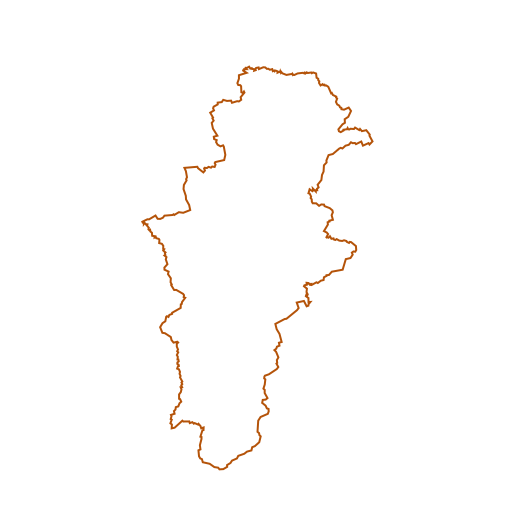 Khao Chakan, Sa Kaeo, Thailand, rotated 330°
{"feature_id": "78962969B13741578736552", "entity_name": "Khao Chakan", "entity_type": "district", "adm_level": 2, "iso_a3": "THA", "parent_name": "Thailand", "parent_adm1": "Sa Kaeo", "projection": "orthographic", "projection_center": [102.011, 13.617], "detail": "fine", "context": "isolated", "style": "outline", "palette": "amber", "viewbox_px": 512, "rotation_deg": 330, "n_neighbors": 0, "source": "geoboundaries", "source_scale": "gbopen_adm2", "svg_char_len": 6136}
<svg xmlns="http://www.w3.org/2000/svg" viewBox="0 0 512 512"><g transform="rotate(330 256 256)"><path d="M143.5,292.4L142.1,294.9L141.7,298.0L140.1,299.1L140.5,300.5L137.9,302.2L137.9,304.2L136.3,306.3L137.0,306.8L136.4,308.6L134.7,308.9L133.9,310.1L134.6,311.5L134.2,312.7L133.3,312.5L131.4,314.1L132.6,315.6L132.2,318.4L130.9,319.8L130.7,322.2L129.5,323.1L129.4,327.9L128.2,328.3L128.1,330.1L126.6,330.6L126.4,332.6L125.1,332.0L124.8,334.2L122.8,336.3L120.2,337.4L118.0,341.2L118.7,342.0L118.4,344.8L116.1,345.3L113.5,347.4L111.0,346.8L109.5,348.7L107.4,349.3L106.6,351.9L102.9,351.1L102.7,352.5L100.6,354.6L101.2,355.6L98.2,358.1L98.9,359.9L96.8,363.1L99.7,364.0L109.9,361.8L110.3,363.0L115.5,365.9L115.1,367.6L117.8,368.1L118.3,370.1L119.3,370.0L121.6,373.1L122.3,372.7L122.9,375.4L122.4,377.8L124.9,378.3L123.5,380.5L122.4,380.2L117.5,384.7L118.3,385.5L117.3,387.2L112.8,391.8L111.2,395.7L109.0,395.5L106.5,401.0L106.5,403.4L107.6,404.9L106.8,408.0L112.0,412.8L114.4,418.0L117.4,420.4L117.7,422.5L121.1,424.2L125.6,424.2L126.4,422.6L130.4,422.5L132.9,421.2L138.3,421.8L140.7,420.2L147.0,421.4L150.4,420.9L154.8,422.1L157.1,419.7L159.9,420.1L165.7,418.9L169.9,414.5L169.4,412.9L170.1,410.9L169.4,409.0L175.6,399.7L179.5,397.7L187.3,398.6L189.3,396.9L190.4,394.7L189.2,393.4L189.5,390.4L187.9,386.3L189.9,384.0L192.6,385.2L194.9,384.8L195.0,379.0L196.6,376.3L196.1,374.6L199.3,371.7L202.4,367.5L201.9,366.1L202.9,364.7L203.9,364.1L208.0,364.9L217.5,364.3L219.8,363.3L219.9,359.4L220.9,359.2L222.0,356.6L224.7,355.0L225.5,349.0L224.9,346.7L227.2,346.4L228.8,345.0L231.5,345.4L232.5,342.6L235.2,343.3L237.4,335.2L237.3,329.7L238.8,324.5L249.3,324.9L251.0,325.6L264.5,323.4L266.9,322.4L268.0,316.7L275.0,318.9L274.7,324.9L276.5,325.2L277.4,324.0L280.1,323.0L278.4,322.2L280.4,318.6L279.1,315.7L280.4,314.6L280.9,315.6L281.6,315.1L281.7,312.5L283.8,309.7L282.4,306.2L283.3,305.6L285.6,306.3L286.4,304.5L287.6,305.4L287.0,305.9L288.6,306.9L288.4,307.6L289.4,307.8L288.8,308.3L289.5,308.9L295.2,309.0L296.0,310.3L299.8,309.8L302.5,310.6L304.2,308.4L307.2,308.5L307.5,307.9L309.7,308.9L313.8,307.5L324.2,311.2L332.2,303.6L336.8,305.0L340.4,303.2L340.7,301.0L342.7,300.8L344.1,301.9L345.8,300.9L347.5,297.4L345.3,291.5L344.3,290.7L343.1,291.2L341.7,289.1L341.8,288.2L340.1,286.4L338.2,286.1L335.8,284.3L334.3,281.7L332.7,281.8L331.6,280.5L331.9,279.5L329.9,278.8L329.9,275.9L327.9,276.4L327.1,275.3L325.7,275.4L329.4,273.1L329.0,271.0L327.3,268.4L334.0,264.7L334.9,262.6L336.9,262.9L337.2,262.1L340.7,263.1L341.9,258.5L344.4,256.6L345.0,254.7L343.8,251.4L340.3,247.1L340.6,245.5L338.3,244.0L335.7,244.1L334.5,240.5L331.5,238.7L331.5,236.9L332.6,234.8L332.3,233.1L333.4,232.2L333.7,228.9L332.8,227.9L335.8,225.0L337.3,228.1L338.3,227.8L339.0,226.1L340.0,230.1L340.7,228.9L341.9,229.6L342.4,228.3L344.5,227.9L345.0,225.1L350.6,222.9L353.7,218.8L356.7,216.7L360.2,211.4L363.9,210.3L364.7,208.5L369.3,204.9L373.5,206.1L381.7,204.6L383.5,204.7L384.6,206.1L388.7,205.2L391.9,206.1L395.1,205.0L396.1,206.6L398.2,207.6L398.5,209.1L404.4,209.5L403.8,213.9L409.9,214.5L410.0,216.2L414.2,215.0L414.4,208.6L415.2,207.7L414.4,202.2L410.1,200.8L409.6,198.0L408.4,198.6L406.0,194.3L404.3,195.0L401.4,193.0L400.1,193.1L399.2,192.4L399.3,191.0L398.2,191.7L394.9,190.4L394.7,191.1L391.3,191.1L390.2,189.4L390.7,187.5L396.8,185.2L399.6,185.1L401.2,181.9L405.5,181.6L410.8,177.9L410.5,173.8L405.4,173.3L403.4,171.6L404.0,170.3L403.1,169.3L403.3,167.4L402.1,165.3L402.3,162.5L405.0,160.2L404.6,158.8L405.2,158.1L403.1,155.0L403.2,152.7L402.4,152.7L403.2,145.6L402.1,143.4L401.0,143.0L401.0,141.9L399.7,141.7L399.6,140.5L397.2,140.6L397.1,137.6L398.2,136.4L397.8,135.0L398.5,133.6L397.6,131.9L399.3,128.0L397.2,125.6L395.7,125.6L395.6,124.7L392.3,123.4L391.8,122.4L391.1,122.7L390.0,121.6L389.5,122.4L388.0,120.7L383.3,118.7L379.7,118.4L378.9,117.9L378.7,116.6L378.3,117.0L378.2,116.3L372.9,114.4L370.2,111.0L369.9,109.2L369.2,109.6L369.4,108.3L368.8,108.9L368.5,108.2L366.3,108.0L367.0,106.9L366.2,105.8L365.2,104.8L364.4,105.3L364.1,104.4L363.0,104.3L363.5,102.3L361.1,101.6L360.3,100.0L359.0,99.4L358.3,97.3L356.7,96.2L352.0,95.6L352.5,94.0L350.1,93.2L348.9,93.8L348.7,94.9L347.1,94.6L348.1,93.5L346.0,91.9L346.2,91.2L344.8,90.9L344.7,88.6L342.2,88.6L341.1,87.8L340.4,88.3L340.8,89.2L339.2,88.3L338.7,89.3L337.2,88.3L339.5,92.7L331.6,90.9L329.9,93.9L326.3,97.0L326.1,99.0L327.8,100.2L328.0,101.5L325.2,106.9L326.1,108.2L327.8,107.5L327.7,108.7L322.1,110.8L321.3,113.3L318.4,113.6L317.1,112.5L311.8,111.3L312.1,109.0L308.4,107.2L305.7,104.4L303.3,105.6L299.5,104.0L298.6,105.6L294.0,105.5L292.7,106.6L292.4,108.9L288.0,109.0L288.0,114.7L287.1,114.9L287.0,117.6L284.2,118.6L282.4,124.2L282.7,132.5L279.1,131.6L278.2,133.8L279.9,136.0L278.4,137.4L278.4,140.4L280.1,143.3L282.8,143.7L282.8,145.2L280.0,153.1L276.4,157.0L267.7,154.3L266.7,154.9L266.6,156.7L264.7,158.2L262.8,156.6L261.2,157.0L259.5,155.1L257.5,155.3L255.6,153.9L254.8,154.3L254.5,156.5L252.2,157.3L249.7,151.0L249.8,149.4L238.1,143.9L237.7,147.5L235.6,153.3L233.9,154.5L233.7,155.8L229.1,158.4L226.7,161.8L225.3,168.8L223.7,172.0L223.6,178.4L222.0,183.3L214.6,182.2L211.1,179.5L205.7,179.6L205.5,178.7L204.1,178.7L196.9,175.3L194.5,176.3L191.6,176.0L189.4,174.6L189.2,170.7L181.7,170.8L180.3,169.9L174.7,169.5L174.6,170.4L175.8,170.7L174.9,172.2L176.1,171.7L176.6,174.2L176.9,173.6L177.8,174.3L176.8,175.2L177.3,178.0L176.2,179.0L176.5,180.4L177.4,180.4L176.8,182.1L177.5,183.8L176.2,186.6L178.1,188.1L177.4,189.2L178.8,189.1L178.5,190.7L180.4,192.6L180.4,193.8L178.6,196.4L180.6,198.4L180.8,200.8L179.2,203.4L179.9,204.2L178.4,204.9L179.4,207.6L178.6,207.8L178.0,209.8L177.0,209.8L177.9,212.2L176.2,213.8L175.2,218.8L170.9,220.2L169.9,222.1L172.5,225.8L170.7,227.7L171.1,232.7L168.9,236.0L168.8,238.5L168.0,238.7L168.1,244.5L170.0,245.5L173.9,252.3L174.1,253.9L172.8,255.5L173.8,256.8L168.9,258.9L167.7,260.4L166.7,260.3L164.8,263.3L155.0,263.2L154.4,264.2L151.5,263.7L149.7,265.0L148.8,263.6L147.9,263.7L144.8,267.2L141.5,267.4L137.4,269.7L136.5,275.7L138.5,277.3L141.7,283.6L140.8,286.5L141.3,289.8L145.0,290.9L145.3,292.0L143.5,292.4Z" fill="none" stroke="#b45309" stroke-width="2"/></g></svg>